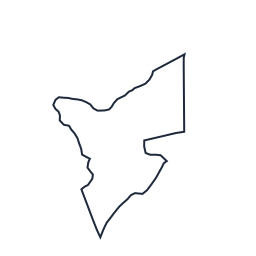 the district of Pinheiral, Rio de Janeiro, Brazil, rotated 321°
{"feature_id": "56859067B78654716742693", "entity_name": "Pinheiral", "entity_type": "district", "adm_level": 2, "iso_a3": "BRA", "parent_name": "Brazil", "parent_adm1": "Rio de Janeiro", "projection": "albers", "projection_center": [-44.007, -22.538], "detail": "fine", "context": "isolated", "style": "outline", "palette": "slate", "viewbox_px": 256, "rotation_deg": 321, "n_neighbors": 0, "source": "geoboundaries", "source_scale": "gbopen_adm2", "svg_char_len": 1164}
<svg xmlns="http://www.w3.org/2000/svg" viewBox="0 0 256 256"><g transform="rotate(321 128 128)"><path d="M79.7,79.2L80.2,85.1L83.6,89.2L82.9,93.4L83.1,98.2L82.4,103.9L80.5,108.8L78.5,114.7L75.6,119.8L77.2,123.8L79.0,127.9L75.5,129.7L71.6,133.3L71.4,138.4L71.4,142.1L68.3,145.0L64.5,146.1L61.0,147.1L57.4,146.3L53.2,146.3L42.5,178.7L39.7,187.7L37.7,195.5L44.5,191.7L47.9,190.0L52.1,188.1L57.0,187.0L63.3,185.4L68.5,184.3L71.8,183.6L76.8,183.2L82.7,183.0L88.0,182.0L92.4,183.0L97.8,188.3L103.7,188.3L108.9,187.0L112.6,186.0L117.5,184.6L120.8,183.4L125.9,181.3L129.7,179.8L133.5,177.9L137.3,178.1L136.2,169.7L132.5,166.0L128.4,162.7L126.0,158.5L128.9,152.6L132.8,147.9L162.2,162.1L169.3,166.3L211.0,114.0L215.5,108.5L218.3,106.3L208.6,104.5L187.1,100.3L183.1,99.7L180.2,101.9L175.1,103.9L169.4,104.5L164.0,103.1L158.3,101.2L154.9,101.3L151.6,100.3L146.1,100.8L141.4,99.7L137.9,98.9L132.8,99.7L128.7,101.2L125.1,101.7L121.3,99.9L117.9,97.4L115.2,95.2L113.5,91.1L113.5,85.9L111.8,81.6L109.6,77.4L106.8,74.1L102.9,70.1L100.4,67.0L97.1,64.0L93.6,60.6L89.4,60.5L84.5,63.0L83.6,67.4L84.3,71.6L83.1,75.3L79.7,79.2Z" fill="none" stroke="#1e293b" stroke-width="2"/></g></svg>